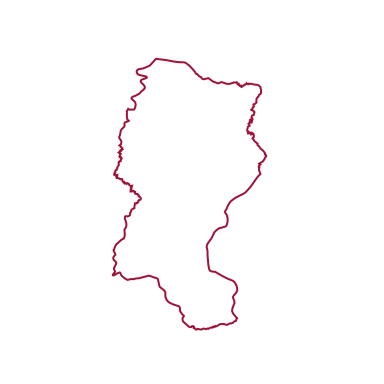 Pho Sai, Ubon Ratchathani, Thailand, rotated 64°
{"feature_id": "78962969B51244182519846", "entity_name": "Pho Sai", "entity_type": "district", "adm_level": 2, "iso_a3": "THA", "parent_name": "Thailand", "parent_adm1": "Ubon Ratchathani", "projection": "robinson", "projection_center": [105.326, 15.769], "detail": "fine", "context": "isolated", "style": "outline", "palette": "rose", "viewbox_px": 384, "rotation_deg": 64, "n_neighbors": 0, "source": "geoboundaries", "source_scale": "gbopen_adm2", "svg_char_len": 6072}
<svg xmlns="http://www.w3.org/2000/svg" viewBox="0 0 384 384"><g transform="rotate(64 192 192)"><path d="M56.5,166.1L59.6,173.7L59.9,175.2L59.5,182.0L58.3,185.9L58.5,187.9L58.7,188.2L59.4,188.9L60.7,189.3L62.6,189.0L64.0,187.7L68.0,182.7L69.0,182.3L69.4,182.5L69.5,183.8L69.0,187.6L69.2,188.7L69.8,189.5L70.9,189.8L74.6,188.5L75.8,188.3L76.6,188.3L77.9,188.9L78.9,190.9L79.3,193.6L80.0,194.8L80.5,196.2L80.7,200.8L80.4,203.4L80.7,204.8L81.3,205.3L81.9,205.4L85.4,204.0L86.5,203.8L88.6,204.2L90.9,205.8L91.9,206.9L92.5,208.1L90.6,212.0L89.3,212.9L90.6,214.7L90.6,215.0L96.4,217.8L98.6,218.3L100.3,217.6L100.4,218.1L100.1,221.5L100.3,222.3L101.4,223.1L102.9,223.5L103.6,224.4L104.8,227.8L105.8,229.2L109.4,231.9L110.8,233.5L111.7,233.7L114.9,233.2L116.1,233.5L118.0,234.9L118.3,236.6L118.9,236.1L119.8,236.5L120.3,236.0L121.8,235.9L122.2,235.5L122.5,235.9L123.1,235.7L123.2,237.0L123.6,237.0L123.8,237.4L123.2,237.9L124.0,238.4L123.7,239.2L124.1,239.9L124.6,239.8L124.6,240.5L126.5,239.4L126.7,240.2L127.5,240.6L128.0,241.4L128.4,241.0L128.9,241.4L129.0,240.9L129.4,241.0L129.7,240.7L130.1,241.0L130.7,240.5L131.0,240.5L130.9,241.0L132.0,241.8L132.2,242.5L132.8,242.5L132.7,243.2L133.2,243.9L132.9,244.6L134.1,245.5L134.9,245.5L135.8,246.1L137.0,248.3L138.4,249.1L138.7,250.0L139.0,250.1L138.8,250.8L139.3,251.6L139.8,251.8L140.2,252.5L140.6,252.4L140.7,252.8L141.2,253.0L141.3,253.6L142.0,253.5L142.1,254.2L142.6,254.3L142.9,253.9L142.8,253.4L143.9,253.1L143.9,252.8L143.6,252.7L143.8,252.0L144.1,252.4L144.5,252.2L144.8,253.2L145.2,253.2L144.9,252.7L145.1,252.5L145.9,253.5L146.3,253.7L146.8,253.1L146.9,252.5L147.3,252.0L149.3,250.7L149.3,250.0L149.8,249.1L152.1,249.8L153.0,248.7L153.6,249.2L154.7,249.0L154.6,248.0L155.3,247.8L155.4,247.3L155.9,247.3L155.6,246.2L156.2,245.8L156.7,245.8L157.2,245.1L158.4,245.3L159.3,244.8L160.0,243.8L160.3,244.1L160.3,243.3L161.0,243.9L161.1,244.6L161.7,244.7L162.5,245.6L162.7,245.4L163.1,246.3L163.6,246.3L164.6,247.0L165.2,245.9L164.9,244.6L166.1,243.6L166.5,243.9L166.9,243.8L167.1,243.1L168.5,243.8L169.5,243.0L169.9,241.8L170.6,241.9L171.5,241.3L172.5,241.9L173.5,241.0L175.1,240.7L176.1,241.4L176.3,242.5L176.0,243.3L176.6,244.3L177.2,244.4L177.8,245.5L177.8,246.1L177.5,246.0L177.4,246.7L177.8,247.0L177.9,247.6L177.4,248.2L177.9,248.3L178.0,248.8L180.1,250.3L181.2,250.8L181.2,252.8L181.6,254.4L183.1,255.7L183.7,256.9L185.1,257.4L185.7,258.1L185.9,259.8L185.6,260.8L184.8,261.7L184.7,262.9L186.4,264.0L190.9,264.6L192.7,265.3L194.6,266.6L196.2,269.2L201.5,271.4L203.6,273.2L203.9,273.6L203.7,274.1L204.0,274.8L203.9,275.9L206.0,283.4L210.2,288.2L214.5,288.2L214.9,288.5L215.8,290.8L216.9,291.8L218.6,292.1L221.8,291.0L223.1,291.4L226.2,295.6L227.1,295.9L230.1,296.1L231.5,299.3L231.9,299.6L232.4,299.5L232.7,298.5L232.4,294.0L232.6,292.2L233.3,291.9L235.8,292.0L237.7,291.5L240.5,290.1L242.8,288.4L243.5,284.9L244.6,283.2L245.2,280.1L246.2,277.8L248.2,267.8L248.7,266.9L254.6,261.1L255.4,260.9L262.1,262.5L263.3,262.5L268.7,260.0L270.5,260.0L274.4,261.8L277.6,262.1L279.8,261.6L281.7,260.7L285.1,257.9L288.7,254.1L289.5,253.6L290.4,253.6L294.0,254.9L297.6,254.4L299.7,253.6L300.3,254.0L300.9,255.4L301.3,255.8L302.7,256.5L304.5,256.8L311.6,253.9L312.9,252.5L313.1,251.5L312.6,250.7L313.0,249.9L314.0,249.3L314.9,250.0L315.3,249.4L317.1,249.0L317.7,248.0L317.4,247.3L317.6,246.6L318.6,245.6L319.8,243.8L319.6,242.1L320.4,240.5L320.9,240.3L321.5,239.1L321.5,237.8L322.2,237.2L322.0,235.2L322.6,233.2L322.3,232.6L322.4,231.8L322.9,231.9L322.8,231.2L323.2,230.6L322.7,229.8L323.2,229.5L323.5,228.3L323.3,227.5L323.1,224.6L324.6,221.2L326.1,219.8L326.8,218.5L326.6,215.7L327.2,214.7L327.5,213.2L326.9,210.7L327.1,209.0L325.6,207.6L325.3,206.8L319.1,208.4L316.4,208.1L314.3,206.7L310.6,202.7L308.5,201.7L305.0,201.5L304.5,201.3L303.4,200.0L302.2,197.1L300.5,194.6L298.2,193.5L295.8,193.1L293.1,193.1L291.1,193.5L289.6,194.3L285.0,198.4L280.3,201.9L274.0,206.1L272.0,209.2L270.5,210.4L268.9,210.4L264.8,209.3L254.8,205.4L253.4,204.6L250.8,203.6L248.1,203.0L246.7,202.2L245.2,200.5L241.8,194.2L238.6,190.3L237.6,188.6L236.8,185.7L236.5,183.2L237.7,177.5L237.5,176.3L237.0,175.4L234.1,172.9L230.7,171.3L227.3,170.8L225.2,171.3L223.8,170.7L222.5,168.6L219.7,165.3L217.9,162.5L217.1,160.4L216.2,155.1L216.1,146.8L215.8,144.1L213.0,137.1L207.0,126.1L205.8,122.6L201.6,122.1L200.6,121.5L199.6,121.3L199.2,120.5L198.4,120.9L197.4,119.6L197.3,118.6L196.0,119.2L195.6,115.0L194.3,112.6L193.1,111.3L192.6,109.9L191.8,109.4L191.2,109.4L190.4,110.0L189.7,109.4L188.2,109.5L184.6,110.5L183.3,111.3L180.3,111.8L178.5,112.5L177.8,112.3L177.1,111.8L176.0,112.6L174.6,113.0L173.8,113.6L172.1,113.6L170.4,114.2L169.8,113.4L169.7,112.3L168.2,111.6L166.4,111.3L166.2,111.7L166.3,113.7L165.3,113.8L165.4,112.6L165.1,112.2L164.7,112.3L164.5,113.5L163.9,114.2L164.2,115.5L163.9,116.1L163.5,116.0L163.2,114.9L162.8,114.6L162.3,114.7L161.5,115.5L160.2,115.1L158.0,113.2L157.7,112.7L157.9,111.4L157.6,111.1L156.7,111.0L155.5,111.4L154.7,109.6L153.9,109.2L154.2,108.6L155.7,108.5L155.7,108.0L154.5,106.8L153.2,108.1L152.6,108.1L152.5,107.3L153.2,106.3L153.1,105.7L152.6,105.5L151.2,105.9L149.8,104.7L149.6,104.2L149.9,103.4L149.8,102.7L148.7,102.0L147.8,100.9L147.0,100.8L145.3,101.7L144.4,102.7L144.0,102.7L143.8,101.2L142.8,100.5L142.4,98.8L141.0,98.8L140.2,98.3L140.4,96.4L139.7,94.7L138.6,94.5L137.8,93.8L136.4,93.1L134.9,89.8L134.0,89.0L134.0,87.7L132.9,86.2L129.9,85.0L128.9,85.0L127.8,84.4L125.2,85.5L124.3,86.3L122.3,89.6L121.0,90.8L120.4,91.9L120.1,93.1L119.6,93.3L119.9,94.0L119.4,95.0L118.2,95.2L118.6,96.1L118.5,96.6L118.8,97.1L118.6,97.9L119.1,98.9L118.8,99.8L119.3,100.8L119.2,101.6L117.7,101.5L117.8,102.3L117.6,102.6L116.4,103.0L115.5,102.6L115.1,103.8L113.6,103.3L112.8,103.9L112.9,104.5L111.8,106.5L111.8,108.1L111.1,111.3L109.7,113.8L107.1,116.2L106.1,117.6L105.8,121.0L101.9,124.7L97.1,127.2L96.7,128.0L95.8,132.1L94.8,133.1L94.2,133.4L92.9,133.4L90.9,134.9L88.2,135.7L87.4,136.6L85.3,136.7L81.3,137.7L77.3,139.0L73.1,141.1L72.0,142.3L69.6,146.8L66.4,151.7L61.8,157.8L56.5,166.1Z" fill="none" stroke="#9f1239" stroke-width="2"/></g></svg>